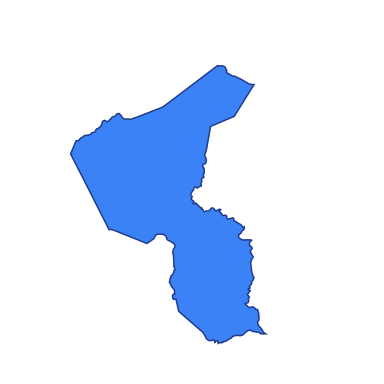 San Miguel Ixitlán, Puebla, Mexico, rotated 295°
{"feature_id": "50627088B6450542910055", "entity_name": "San Miguel Ixitlán", "entity_type": "district", "adm_level": 2, "iso_a3": "MEX", "parent_name": "Mexico", "parent_adm1": "Puebla", "projection": "mercator", "projection_center": [-97.779, 18.007], "detail": "fine", "context": "isolated", "style": "filled", "palette": "blue", "viewbox_px": 384, "rotation_deg": 295, "n_neighbors": 0, "source": "geoboundaries", "source_scale": "gbopen_adm2", "svg_char_len": 5980}
<svg xmlns="http://www.w3.org/2000/svg" viewBox="0 0 384 384"><g transform="rotate(295 192 192)"><path d="M122.8,132.7L123.6,134.1L124.3,136.2L124.3,137.4L126.3,172.9L133.4,177.1L135.6,177.2L137.7,177.3L139.5,179.0L141.3,183.2L141.4,186.5L140.8,187.2L138.6,189.3L138.1,190.6L138.2,192.8L137.6,197.6L135.6,199.6L134.7,199.7L134.1,199.7L133.6,199.5L132.8,199.5L132.1,199.3L129.1,200.0L127.6,201.4L126.9,201.7L126.3,202.3L125.5,202.7L124.3,203.1L122.9,204.1L121.2,205.1L119.9,205.6L119.1,206.1L118.6,206.2L118.2,206.4L118.0,206.7L117.5,206.8L116.9,206.9L115.5,208.8L114.9,209.2L114.5,209.3L114.0,209.3L113.8,209.2L113.7,208.9L113.4,208.8L113.0,208.8L112.5,209.2L111.9,209.4L111.3,209.3L109.9,209.4L108.7,209.4L108.4,209.3L107.9,208.7L107.0,208.4L105.9,208.8L104.8,208.9L104.1,208.6L103.0,209.5L102.0,209.3L100.7,209.6L99.7,211.2L99.0,211.7L98.5,212.9L97.7,213.3L96.2,216.6L95.8,217.4L92.4,219.5L91.9,218.5L91.6,218.3L90.7,218.1L89.5,218.2L88.6,218.8L87.6,219.5L87.0,220.4L87.1,221.1L88.2,222.7L78.2,230.4L69.2,261.9L68.7,262.2L66.5,265.5L65.6,266.4L65.1,267.3L64.6,268.8L64.7,270.9L65.6,272.3L67.3,274.2L67.3,274.5L66.5,275.2L65.4,276.1L65.2,276.3L65.4,276.5L66.9,276.6L67.5,277.1L67.8,277.6L67.5,278.5L66.3,279.3L65.8,279.7L66.5,280.1L67.0,280.5L67.3,281.0L67.6,282.2L68.0,282.8L68.7,283.4L69.0,283.2L69.2,283.4L69.6,283.9L69.9,284.1L70.7,285.4L73.4,287.3L74.6,288.0L74.9,288.1L75.9,289.1L77.2,289.5L78.3,290.1L79.2,290.8L80.2,292.0L80.8,293.0L81.6,294.6L82.0,296.3L82.4,296.6L83.0,297.6L84.3,298.7L86.1,299.3L86.8,299.6L87.5,300.0L89.0,300.6L89.9,301.1L90.4,301.9L90.9,302.2L91.3,303.1L91.4,304.2L91.4,306.3L92.2,308.8L92.3,309.5L92.9,311.0L93.0,312.2L92.7,313.8L92.5,314.3L94.2,317.9L94.6,318.7L95.0,316.0L96.3,314.3L96.8,313.8L97.1,313.2L97.4,312.6L97.7,312.2L98.1,311.3L98.3,310.5L99.0,308.9L100.0,307.8L101.6,306.4L103.7,306.7L105.4,306.3L107.0,305.4L109.0,304.5L110.6,303.4L112.4,301.8L113.2,301.0L112.7,299.8L112.7,299.3L113.5,297.7L113.6,296.5L113.4,295.4L113.0,294.4L112.1,294.0L111.9,293.4L111.6,292.8L111.6,291.7L111.9,290.6L112.4,289.5L112.6,288.8L113.4,287.3L115.2,289.4L116.5,289.6L118.0,289.1L119.0,288.0L120.8,288.6L122.6,285.4L123.7,285.9L123.9,285.7L124.6,285.8L125.3,286.1L127.2,286.4L127.1,284.6L127.3,284.2L127.5,284.0L128.0,284.0L128.5,284.4L128.8,285.0L129.3,285.2L129.7,285.1L130.4,284.1L130.9,283.8L131.2,284.0L131.7,284.3L133.9,284.8L136.1,284.1L136.7,284.1L137.9,284.5L140.3,284.5L143.5,281.0L144.6,280.0L145.6,279.3L146.6,278.9L147.4,278.3L148.3,277.8L149.2,277.2L150.3,276.6L152.2,275.3L153.0,275.0L153.9,274.9L156.3,274.5L158.2,275.0L158.9,275.0L160.7,272.5L161.4,271.7L162.6,270.0L163.1,269.7L163.8,269.9L165.9,270.4L166.4,270.2L167.3,269.4L167.7,268.3L167.9,267.3L168.2,266.6L168.6,266.2L169.6,265.7L171.6,265.6L172.1,265.8L172.7,266.3L173.3,266.5L173.5,266.1L173.6,265.8L172.1,262.5L169.9,258.1L169.9,257.6L170.1,256.0L170.0,255.2L170.2,254.3L170.4,253.6L170.7,253.3L171.0,253.1L173.2,252.7L173.7,252.8L174.6,253.4L175.8,253.8L177.9,253.8L178.6,254.0L179.3,254.6L180.3,254.9L181.3,254.7L182.5,254.0L181.4,253.5L181.4,253.1L182.3,251.8L183.0,250.2L183.1,249.7L183.1,248.4L183.2,247.1L183.7,244.2L183.8,242.0L185.2,241.3L185.6,241.0L185.8,240.6L185.9,240.2L185.7,239.8L184.3,238.2L183.3,236.9L182.9,236.2L182.7,235.6L182.8,235.1L183.0,234.8L183.6,234.2L184.1,233.9L184.5,233.8L184.8,233.5L185.0,233.3L185.1,233.0L185.0,231.9L184.8,231.4L183.7,229.9L183.6,229.7L183.6,229.4L183.9,229.0L184.7,228.2L185.3,227.2L185.4,226.9L185.4,226.5L185.4,226.1L185.5,225.6L185.7,225.3L186.0,225.1L186.3,225.0L186.7,225.1L187.5,225.6L188.3,225.2L188.1,224.4L186.0,222.5L185.0,221.9L184.9,221.5L184.9,221.1L185.1,220.8L185.8,219.6L186.3,218.7L186.3,218.1L186.2,217.5L186.0,216.9L185.6,216.4L185.2,216.2L183.2,215.7L182.6,215.4L181.9,214.9L181.5,214.4L181.3,213.7L181.0,213.2L179.3,211.5L179.2,211.1L179.3,210.8L179.6,210.4L180.6,209.4L180.8,209.1L180.8,208.5L180.6,208.1L181.1,207.9L181.7,207.5L181.8,207.2L181.6,207.0L181.5,206.7L181.1,206.4L181.3,205.9L181.7,205.5L182.5,203.0L183.6,200.2L182.3,199.1L182.0,198.5L182.0,197.9L184.0,198.0L184.4,197.3L184.3,196.7L184.7,195.5L184.9,195.3L185.1,194.7L185.5,194.0L187.4,194.3L188.1,193.9L188.1,193.6L188.0,193.1L188.1,192.7L188.5,192.3L189.4,192.0L190.8,191.8L192.0,191.9L194.6,192.5L195.9,191.9L197.7,192.5L197.9,193.1L197.9,194.0L197.8,195.2L198.1,195.4L198.6,195.5L199.8,196.2L200.6,197.1L201.2,197.8L201.6,197.8L202.2,197.6L202.7,197.0L203.4,196.6L203.9,196.4L205.5,196.5L206.1,196.3L206.5,195.8L207.3,195.4L208.1,195.2L208.7,195.2L209.6,195.8L209.9,196.4L210.6,196.5L211.8,195.2L212.6,195.0L213.4,195.1L213.9,195.2L214.3,194.8L215.1,194.5L215.8,194.6L217.1,193.6L218.6,193.0L218.8,192.1L219.4,191.5L219.5,191.1L220.0,190.6L220.8,190.5L222.0,190.7L222.5,191.0L223.1,191.7L223.3,192.2L223.8,192.3L224.8,192.1L227.1,191.5L227.8,190.9L228.2,190.5L229.2,189.7L229.9,188.9L230.2,188.2L230.5,187.9L231.4,187.8L231.9,187.8L233.2,187.6L234.3,187.5L235.4,187.5L259.3,181.1L278.4,198.3L315.5,202.8L314.7,200.4L314.1,199.0L314.2,196.5L315.0,187.5L314.9,185.0L315.1,182.7L314.9,181.7L314.3,180.0L314.3,178.2L314.5,176.8L314.8,173.3L315.5,172.4L316.0,172.5L316.8,172.1L317.6,171.1L318.7,169.9L319.2,168.7L319.4,167.6L319.1,166.0L318.5,164.8L317.4,162.5L317.3,161.7L285.8,145.1L256.6,129.6L236.4,110.3L231.8,105.4L231.4,104.6L231.3,103.4L229.6,100.2L229.6,98.9L230.2,96.9L231.4,95.6L231.5,94.7L231.7,93.9L232.1,93.6L232.3,92.9L232.2,92.3L230.4,90.5L229.7,90.7L229.1,90.7L228.4,90.5L228.0,90.2L227.5,89.2L225.7,87.8L223.6,87.5L223.2,87.1L222.3,86.8L221.1,86.6L220.4,86.0L219.9,85.8L220.0,82.8L219.8,82.2L219.2,81.7L218.6,81.3L217.6,81.2L215.0,81.7L214.0,81.6L212.0,81.2L211.2,80.6L210.4,80.4L209.8,79.9L209.0,79.0L207.8,78.7L205.8,78.6L205.0,78.3L204.3,77.6L203.9,77.0L203.0,76.1L201.2,75.6L200.7,75.3L199.0,72.6L197.9,71.1L197.6,70.5L196.5,70.3L193.7,68.2L191.7,67.8L190.9,67.5L190.5,67.1L190.0,66.5L189.6,65.8L189.5,65.3L175.2,65.9L158.8,86.9L124.6,130.5L122.8,132.7Z" fill="#3b82f6" stroke="#1e3a8a" stroke-width="1.5"/></g></svg>